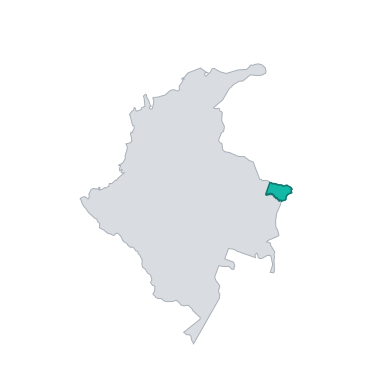 Puerto Carreño, Vichada, Colombia shown in context, rotated 19°
{"feature_id": "7082276B50420641639319", "entity_name": "Puerto Carreño", "entity_type": "district", "adm_level": 2, "iso_a3": "COL", "parent_name": "Colombia", "parent_adm1": "Vichada", "projection": "mercator", "projection_center": [-67.983, 5.813], "detail": "fine", "context": "in_parent", "style": "filled", "palette": "teal", "viewbox_px": 384, "rotation_deg": 19, "n_neighbors": 0, "source": "geoboundaries", "source_scale": "gbopen_adm2", "svg_char_len": 7256}
<svg xmlns="http://www.w3.org/2000/svg" viewBox="0 0 384 384"><g transform="rotate(19 192 192)"><path d="M219.8,58.9L216.1,60.5L208.9,62.3L204.0,70.5L200.6,71.9L196.4,76.8L193.4,82.8L191.0,94.9L184.9,105.2L185.4,105.7L187.9,105.2L190.2,104.1L191.0,104.4L191.8,106.2L194.6,106.7L196.9,115.0L201.1,119.2L201.6,120.9L202.1,124.3L200.6,126.4L200.2,134.0L201.5,135.9L204.7,136.7L206.8,141.4L208.1,142.5L210.0,143.2L214.7,142.5L223.1,143.2L225.0,143.1L229.8,141.5L235.7,143.5L240.1,143.8L252.1,158.1L253.3,157.6L254.8,158.5L257.8,157.0L260.5,156.8L263.9,157.5L268.4,157.5L277.5,156.0L278.8,155.2L283.8,156.0L285.3,157.1L286.0,159.7L285.4,161.4L283.7,163.0L282.7,165.2L282.5,167.7L281.6,169.7L280.0,170.9L279.4,172.7L279.8,175.0L278.9,185.8L279.6,186.6L280.1,191.0L282.2,196.7L283.2,198.4L285.0,199.7L288.2,204.4L287.5,206.0L279.3,213.3L278.8,215.0L280.4,214.4L282.9,215.0L283.8,216.8L289.9,221.9L289.8,223.9L291.6,227.7L291.3,228.6L295.5,239.5L295.6,241.8L292.1,242.5L292.0,235.1L291.5,233.6L287.5,227.1L286.7,226.6L284.0,227.3L279.6,232.2L277.5,232.9L275.9,232.2L274.2,229.3L273.1,228.8L272.1,231.2L273.4,233.4L253.9,233.3L250.1,232.5L244.9,233.6L244.8,244.6L254.1,244.8L256.6,248.0L256.4,250.5L256.8,251.5L254.6,252.0L251.3,250.3L245.6,252.3L241.4,252.8L241.1,265.1L243.6,268.1L248.6,271.4L249.3,273.6L248.9,275.7L250.1,278.4L251.7,279.7L251.7,281.3L252.6,283.1L242.9,335.0L239.5,331.8L238.2,329.0L236.5,327.8L233.3,328.7L229.8,327.3L241.1,309.6L240.7,308.1L231.3,303.8L230.3,302.7L225.8,300.4L223.3,301.0L221.9,302.2L218.5,302.5L215.7,300.7L212.4,299.4L208.5,302.4L207.3,302.4L204.5,303.7L201.5,304.1L197.5,302.8L194.4,303.7L192.2,303.6L191.3,302.6L188.5,301.6L188.2,300.4L189.0,298.2L187.8,293.9L187.3,293.2L185.2,293.1L182.7,291.6L182.2,290.7L182.7,288.9L182.3,287.4L179.8,284.0L176.4,283.1L173.2,280.3L169.9,279.3L168.4,277.2L167.0,272.6L163.6,269.0L161.2,267.8L160.4,266.1L158.0,265.9L154.7,263.6L153.2,263.4L152.2,264.5L149.1,263.4L146.5,261.6L143.8,261.2L142.0,260.1L138.8,256.8L135.4,255.2L133.4,255.8L132.7,258.3L131.6,258.7L127.6,258.1L126.9,258.6L125.8,258.5L121.0,256.7L116.2,256.0L115.0,251.8L111.9,250.4L110.9,248.4L108.8,248.6L100.6,244.9L97.2,242.3L94.3,240.8L91.2,237.9L90.7,236.7L88.4,235.0L89.5,232.8L92.4,231.2L96.0,232.4L96.5,229.9L95.2,227.6L95.8,222.5L96.8,221.4L98.8,220.3L100.0,220.7L100.8,219.9L103.8,220.3L104.7,219.9L107.0,217.8L108.0,216.2L109.1,216.4L111.5,213.6L111.1,210.8L113.4,210.2L115.8,205.7L116.9,205.6L117.4,203.4L121.6,195.9L120.1,196.8L118.4,196.3L118.7,193.7L118.2,193.4L116.8,195.4L115.6,193.4L116.0,190.2L114.1,190.8L114.1,190.0L116.9,187.6L118.1,182.1L117.1,180.1L116.6,171.8L116.1,170.2L113.8,168.1L117.4,165.7L118.7,164.0L117.1,160.3L114.9,157.2L114.9,155.3L116.1,155.5L116.6,150.3L115.5,148.3L114.0,148.3L109.2,140.7L107.6,139.1L108.8,135.4L110.2,133.8L109.9,131.0L110.9,131.1L112.9,133.7L113.8,133.3L117.0,130.9L117.0,128.6L119.6,126.3L116.0,118.5L114.8,117.2L116.2,114.7L117.1,114.8L118.5,117.3L120.7,118.9L124.0,123.3L125.5,124.3L124.4,125.2L124.2,126.3L124.7,126.9L126.6,127.0L127.3,125.8L126.8,120.5L126.0,117.8L124.3,115.9L124.8,115.1L128.2,113.8L135.3,108.8L137.7,104.0L139.5,102.2L141.6,101.1L144.2,101.4L146.1,100.8L146.8,99.3L145.4,96.0L146.9,91.4L146.9,89.1L147.9,87.7L147.5,87.2L145.0,88.8L147.6,85.6L149.4,80.7L159.7,72.0L166.4,74.1L168.5,74.0L165.7,75.1L165.3,76.3L166.3,77.6L167.3,78.0L168.1,77.2L170.4,72.1L170.7,69.3L171.7,68.4L173.1,68.0L179.6,69.2L185.8,68.8L195.9,61.5L203.5,58.5L205.4,55.5L205.9,53.2L207.3,52.4L208.7,52.4L209.6,51.1L213.1,49.2L216.8,49.0L220.8,50.7L222.6,53.7L222.9,55.7L219.8,58.9ZM103.9,219.3L103.5,219.7L102.6,219.0L102.3,218.2L102.8,217.6L103.5,217.8L103.9,219.3Z" fill="#d9dde1" stroke="#a8b0b8" stroke-width="1"/><path d="M262.5,170.1L262.6,170.3L262.8,170.4L262.9,170.2L263.0,170.1L263.2,170.3L263.3,170.4L263.5,170.3L263.5,170.5L263.9,170.3L263.9,170.2L264.0,170.1L264.2,169.9L264.3,169.9L264.3,169.7L264.5,169.5L264.5,169.9L264.7,169.7L264.7,169.4L264.8,169.3L265.0,169.2L264.9,169.1L265.0,169.1L265.1,169.3L265.2,169.5L265.4,169.6L265.5,169.6L265.7,169.3L265.6,169.2L265.7,168.6L265.8,168.6L266.2,168.6L266.4,168.6L266.5,168.6L266.6,168.4L266.9,168.3L266.9,168.1L267.0,168.2L267.1,168.3L267.2,168.5L267.3,168.7L267.6,168.6L267.7,168.4L267.6,168.2L267.6,167.9L267.9,167.8L268.0,167.9L268.3,167.7L268.4,168.0L268.5,168.2L268.5,168.3L269.0,168.1L269.2,168.3L269.3,168.4L269.4,168.2L269.5,168.1L269.8,168.0L269.9,168.3L270.0,168.5L270.5,168.5L270.8,168.7L270.9,168.8L270.9,169.1L270.9,169.3L271.0,169.3L271.1,169.2L271.2,169.3L271.3,169.4L271.3,169.6L271.3,169.8L271.6,170.0L271.8,170.0L271.9,169.9L271.9,169.7L271.8,169.3L272.0,169.2L272.1,169.3L272.2,169.7L272.3,169.8L272.6,169.8L272.9,170.2L273.1,170.5L273.4,170.7L273.5,170.5L273.3,170.3L273.3,170.2L273.2,170.2L272.9,170.0L273.0,169.9L273.4,169.9L273.8,169.9L274.0,170.0L274.1,170.3L274.5,170.4L274.6,170.2L274.4,169.9L274.6,169.8L274.8,169.9L274.9,170.0L274.9,170.6L274.9,170.8L275.1,171.0L275.4,171.2L275.5,171.1L275.5,170.9L275.3,170.8L275.3,170.7L275.5,170.8L275.8,170.9L276.1,171.2L276.3,171.1L276.5,171.0L276.8,171.3L276.9,171.8L277.0,171.8L277.1,172.1L277.4,172.1L277.4,171.9L277.5,171.9L277.5,171.7L277.6,171.4L277.8,171.5L277.9,171.4L277.9,171.2L278.1,171.0L278.4,170.9L278.7,170.9L278.9,170.8L279.0,170.8L279.0,171.0L279.0,171.3L279.4,171.3L279.5,171.4L279.6,171.5L279.7,171.3L279.9,171.2L280.3,171.0L280.6,170.7L281.1,170.5L281.3,170.3L281.4,170.1L281.5,170.1L281.8,170.0L282.1,169.8L282.4,169.5L282.7,169.3L282.8,169.2L282.9,168.8L282.9,168.5L283.0,168.4L283.3,168.1L283.2,167.9L283.0,167.7L282.9,167.6L282.9,167.2L282.8,166.8L282.8,166.7L282.7,166.6L282.6,166.3L282.6,166.2L282.6,165.8L282.7,165.5L282.7,165.0L282.7,164.8L282.9,164.5L283.0,164.3L283.0,164.2L283.1,163.7L283.3,163.5L283.3,163.1L283.5,162.9L283.9,162.6L284.0,162.4L284.3,162.0L284.4,161.8L284.6,161.7L284.9,161.5L285.3,161.3L285.4,161.2L285.5,161.0L285.6,160.9L286.0,160.6L286.4,160.5L286.5,160.4L286.5,160.1L286.3,159.8L286.2,159.7L285.9,159.3L285.7,159.2L285.4,158.8L285.4,158.6L285.2,158.2L285.1,157.9L285.1,157.7L285.2,157.4L285.7,156.9L285.5,156.7L285.4,156.6L285.1,156.3L284.8,156.2L284.6,156.1L284.4,155.7L284.2,155.6L283.7,155.7L283.3,155.6L283.1,155.4L282.9,155.2L282.6,155.2L282.2,155.2L281.9,155.2L281.6,155.1L281.4,155.1L281.2,155.0L280.9,155.1L280.6,155.2L280.4,155.1L280.2,155.0L279.9,154.7L279.7,154.6L279.3,154.7L279.1,154.8L278.9,155.0L278.6,155.3L278.4,155.4L278.1,155.6L277.9,155.8L277.7,156.0L277.2,156.3L276.8,156.6L276.7,156.6L276.4,156.6L276.0,156.8L275.8,156.8L275.7,156.8L275.6,156.7L275.3,156.4L275.1,156.3L274.8,156.2L274.6,156.2L274.5,156.3L274.4,156.3L274.2,156.3L273.8,156.3L273.7,156.4L273.4,156.5L272.8,156.6L272.3,156.8L272.0,156.8L271.9,156.9L271.9,157.0L271.7,157.1L271.4,157.3L271.2,157.4L270.8,157.4L270.6,157.3L270.5,157.2L270.4,157.1L270.2,157.0L269.9,157.0L269.7,157.1L269.4,157.0L269.2,157.1L268.9,157.0L268.5,157.0L268.3,157.0L268.1,157.1L267.9,157.1L267.7,157.1L267.6,157.4L267.5,157.5L267.3,157.6L267.2,157.6L266.6,157.3L266.4,157.3L266.1,157.5L265.9,157.6L265.7,157.8L265.5,158.0L265.1,157.9L264.9,157.9L264.7,157.9L264.6,157.7L264.4,157.6L264.0,157.6L263.7,157.5L263.4,157.6L262.9,157.7L262.7,157.4L262.6,157.2L262.5,170.1Z" fill="#14b8a6" stroke="#0f766e" stroke-width="1.5"/></g></svg>